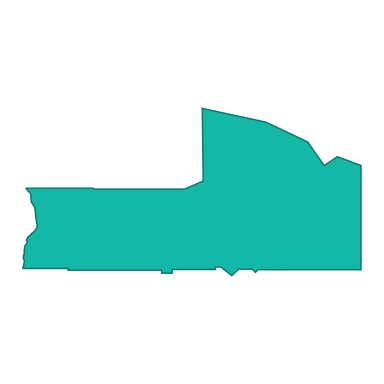 outline of 83, Ar Rayyān, Qatar
{"feature_id": "91078587B29732052080276", "entity_name": "83", "entity_type": "district", "adm_level": 2, "iso_a3": "QAT", "parent_name": "Qatar", "parent_adm1": "Ar Rayyān", "projection": "mercator", "projection_center": [50.853, 25.078], "detail": "fine", "context": "isolated", "style": "filled", "palette": "teal", "viewbox_px": 384, "rotation_deg": 0, "n_neighbors": 0, "source": "geoboundaries", "source_scale": "gbopen_adm2", "svg_char_len": 1609}
<svg xmlns="http://www.w3.org/2000/svg" viewBox="0 0 384 384"><path d="M282.4,269.8L282.4,269.7L361.0,269.7L361.0,165.5L337.2,156.7L324.2,165.7L307.7,142.0L266.0,122.2L202.4,108.5L202.3,108.4L203.2,181.0L184.6,189.1L94.0,189.1L93.1,188.2L26.1,188.2L26.1,188.3L26.1,188.5L26.7,189.1L27.2,189.6L27.2,190.1L28.4,191.2L28.7,191.8L29.6,191.9L30.7,194.2L30.9,195.3L31.1,200.6L31.3,201.0L31.3,202.2L31.5,202.3L31.9,202.4L32.0,203.3L32.8,204.0L33.2,204.2L33.2,205.0L33.4,205.2L33.5,205.4L33.7,206.0L33.9,206.2L34.3,206.5L34.8,207.4L34.8,209.3L35.2,211.1L35.4,211.8L35.7,216.6L35.9,218.2L36.1,218.8L36.1,219.5L36.4,221.1L36.6,221.8L36.6,222.5L36.8,223.6L37.1,223.9L37.3,224.8L36.8,227.5L36.6,227.8L36.2,228.9L35.7,229.4L35.2,230.3L34.8,230.7L34.3,231.4L34.2,231.9L33.6,231.9L33.5,232.0L33.4,232.3L32.6,233.2L32.2,233.1L31.7,233.5L31.6,233.9L31.3,234.4L30.7,234.4L30.6,234.5L30.5,234.8L29.7,235.8L29.2,235.9L28.3,236.7L28.3,237.1L27.7,237.4L27.5,238.0L27.1,239.0L27.0,239.9L26.5,239.9L26.4,240.5L26.7,240.6L27.0,240.8L27.3,241.0L27.1,242.4L26.9,242.6L26.4,244.0L25.7,244.9L25.6,245.3L25.2,245.4L24.6,246.8L24.8,246.9L24.8,247.9L24.6,248.1L24.6,249.5L24.3,249.7L24.2,250.3L24.1,251.0L24.3,251.3L24.5,251.3L24.3,253.8L24.0,253.8L23.9,254.1L23.9,254.5L23.5,255.9L23.3,258.4L23.5,259.1L24.2,260.0L24.4,260.6L23.9,263.8L23.7,264.3L23.7,265.2L23.5,265.4L23.3,266.6L23.0,266.8L23.0,268.5L68.1,268.5L68.1,270.2L161.6,270.2L161.6,273.2L172.2,273.2L172.2,269.5L215.5,269.5L215.5,267.0L220.8,267.0L231.7,275.6L238.7,269.2L252.4,269.2L255.3,272.3L258.2,269.6L282.4,269.8Z" fill="#14b8a6" stroke="#0f766e" stroke-width="1.5"/></svg>